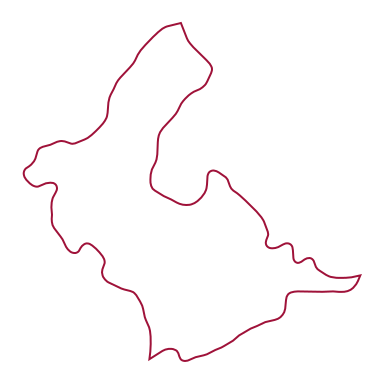 Castañuela, Monte Cristi, Dominican Republic
{"feature_id": "3306468B38935954737927", "entity_name": "Castañuela", "entity_type": "district", "adm_level": 2, "iso_a3": "DOM", "parent_name": "Dominican Republic", "parent_adm1": "Monte Cristi", "projection": "albers", "projection_center": [-71.49, 19.73], "detail": "fine", "context": "isolated", "style": "outline", "palette": "rose", "viewbox_px": 384, "rotation_deg": 0, "n_neighbors": 0, "source": "geoboundaries", "source_scale": "gbopen_adm2", "svg_char_len": 3683}
<svg xmlns="http://www.w3.org/2000/svg" viewBox="0 0 384 384"><path d="M180.9,23.0L167.1,26.4L165.5,27.0L162.4,28.7L158.3,32.0L153.0,37.0L145.4,44.9L140.7,50.3L137.8,54.7L135.0,60.6L133.2,63.5L129.9,67.4L120.3,77.6L118.1,80.3L116.3,83.2L113.6,89.2L110.7,94.7L109.5,97.6L108.4,102.5L107.6,112.8L107.0,116.2L106.5,117.8L104.9,120.8L102.9,123.6L99.4,127.5L95.6,131.3L91.7,134.9L87.6,138.0L84.6,139.5L75.0,143.4L72.3,143.8L71.0,143.6L64.7,141.4L61.7,141.0L60.1,141.1L57.1,141.8L50.3,144.8L42.8,146.8L40.2,148.0L39.0,149.0L38.1,150.1L37.5,151.4L35.4,158.6L34.0,161.3L31.2,164.6L29.1,166.3L25.8,168.5L24.9,169.6L24.2,170.9L23.8,172.3L23.7,173.8L24.0,175.4L24.5,177.0L26.3,179.8L29.8,183.4L32.4,185.3L33.9,186.0L35.4,186.5L37.0,186.7L38.3,186.5L45.9,183.3L50.3,182.7L53.2,183.0L54.5,183.6L55.7,184.6L56.5,185.9L56.9,187.3L57.0,188.7L56.7,190.2L55.6,192.6L52.9,197.6L52.4,199.2L51.7,202.4L51.4,207.4L52.0,214.8L51.7,218.9L51.9,222.0L52.6,225.2L54.2,228.2L60.6,236.6L62.6,239.5L66.1,246.9L67.8,249.3L70.0,251.4L71.2,252.2L72.5,252.7L74.0,253.0L75.5,253.0L76.8,252.6L78.0,251.9L78.9,251.0L80.6,247.9L82.1,245.9L84.1,244.3L85.3,243.7L86.6,243.4L88.1,243.5L89.6,243.9L92.2,245.5L96.0,248.7L99.5,252.4L102.6,256.3L104.1,259.1L104.5,260.5L104.7,262.0L104.6,263.3L102.4,269.4L102.0,272.4L102.6,275.5L103.2,277.0L105.0,279.5L107.2,281.6L108.5,282.4L121.3,288.5L124.3,289.5L130.3,291.0L133.1,292.1L134.3,293.0L136.3,295.2L140.1,301.5L142.2,305.7L143.1,308.9L144.8,317.1L145.9,320.1L149.1,327.3L150.0,330.9L150.6,336.5L150.7,344.1L150.3,351.8L149.4,359.2L162.5,350.9L165.3,349.6L168.5,348.9L171.6,348.9L173.1,349.1L175.8,350.2L176.9,351.0L178.3,353.2L179.4,356.6L180.4,358.7L181.2,359.7L182.3,360.4L183.6,360.8L185.0,361.0L187.7,360.6L195.6,357.2L203.7,355.3L206.9,354.3L215.3,350.0L221.4,347.5L224.1,346.0L233.0,340.7L239.1,335.4L250.7,328.6L256.8,326.1L265.3,322.1L274.8,319.9L277.9,318.8L279.2,318.0L280.5,317.1L282.6,314.8L284.2,312.2L285.2,308.7L286.0,300.2L286.6,297.0L287.3,295.6L288.2,294.2L289.5,293.2L290.9,292.5L294.2,291.7L297.7,291.4L322.5,291.8L333.1,291.4L339.3,291.9L344.2,291.8L347.6,291.1L350.6,289.8L353.1,287.9L356.2,284.2L357.9,281.1L360.3,275.4L351.5,277.3L345.8,277.8L340.1,277.9L336.3,277.8L330.7,276.9L329.0,276.3L326.1,274.9L319.8,270.8L317.5,269.1L315.9,266.9L313.7,260.9L313.0,259.9L312.1,259.0L310.9,258.3L309.6,258.0L307.0,258.3L304.5,259.5L301.3,261.8L298.9,262.8L297.5,262.9L296.3,262.5L295.2,261.8L294.4,260.8L293.7,259.5L293.4,258.0L292.9,250.2L292.4,247.1L291.8,245.8L290.8,244.6L289.5,243.8L288.2,243.4L286.8,243.3L285.4,243.5L283.0,244.5L278.2,247.1L275.3,248.0L272.4,248.3L270.9,248.2L269.5,247.9L268.3,247.3L267.1,246.3L266.3,245.1L265.9,243.8L265.8,242.4L266.3,240.0L268.0,235.6L268.2,234.3L267.8,231.8L264.1,221.9L263.4,220.4L261.4,217.3L256.5,211.5L245.5,200.6L239.9,195.5L237.1,193.2L233.3,190.6L231.3,188.6L230.0,186.2L227.6,179.6L225.8,177.3L218.9,172.5L216.5,171.2L213.7,170.5L212.2,170.6L210.8,171.1L209.5,171.9L208.5,173.2L207.9,174.6L207.5,176.1L207.0,184.6L206.5,188.2L206.0,190.0L204.5,193.2L201.3,197.5L197.5,201.1L194.5,203.1L191.3,204.4L189.6,204.8L186.2,205.0L182.8,204.7L179.5,203.8L176.6,202.5L171.2,199.5L163.8,196.1L154.9,190.6L152.6,188.7L151.2,185.9L150.5,182.8L150.4,179.5L150.7,174.5L151.9,169.5L155.4,162.6L156.5,159.5L157.3,154.4L157.8,142.2L158.1,138.8L158.8,135.4L160.1,132.2L163.0,128.0L172.5,117.8L175.8,113.9L177.6,111.0L181.2,103.7L183.1,101.1L185.2,98.7L188.6,95.4L191.2,93.4L193.9,91.7L199.9,89.1L202.5,87.3L204.8,85.2L205.8,84.0L207.2,81.5L211.1,73.1L211.9,70.5L212.0,69.0L211.8,67.6L211.2,66.2L209.7,63.7L206.5,60.2L193.4,47.3L190.1,43.5L188.2,40.9L186.9,38.3L180.9,23.0Z" fill="none" stroke="#9f1239" stroke-width="2"/></svg>